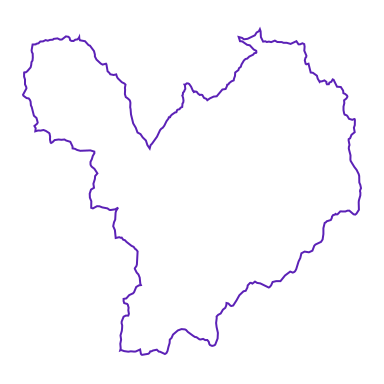 the district of Otuzco, La Libertad, Peru
{"feature_id": "86281439B7526528114387", "entity_name": "Otuzco", "entity_type": "district", "adm_level": 2, "iso_a3": "PER", "parent_name": "Peru", "parent_adm1": "La Libertad", "projection": "equal_earth", "projection_center": [-78.593, -7.861], "detail": "fine", "context": "isolated", "style": "outline", "palette": "violet", "viewbox_px": 384, "rotation_deg": 0, "n_neighbors": 0, "source": "geoboundaries", "source_scale": "gbopen_adm2", "svg_char_len": 5827}
<svg xmlns="http://www.w3.org/2000/svg" viewBox="0 0 384 384"><path d="M72.6,148.4L74.9,148.8L77.2,150.0L80.3,150.8L90.4,150.4L94.3,151.6L94.4,153.2L92.8,155.9L91.9,159.0L90.5,161.9L90.5,164.3L90.8,165.4L91.7,166.7L94.4,168.8L97.4,173.4L95.1,176.1L94.9,178.9L93.4,183.8L94.0,187.8L91.0,189.6L89.7,193.7L89.9,197.7L91.3,201.2L91.2,207.8L92.9,208.4L97.0,206.2L99.5,206.3L102.3,207.4L107.5,208.4L109.5,209.9L110.7,210.0L115.2,209.3L118.1,207.6L116.2,210.7L115.6,212.6L115.2,219.6L114.0,222.3L113.2,226.2L114.9,230.1L115.7,238.0L119.2,237.2L120.8,237.8L121.7,237.6L123.2,239.7L124.9,240.2L126.5,241.9L131.6,245.9L133.6,246.8L135.1,248.9L136.1,249.5L137.6,251.4L136.9,264.4L136.4,266.1L134.8,268.3L134.8,268.8L136.7,272.6L138.4,274.4L139.7,277.6L140.3,283.7L140.9,285.1L138.8,285.4L136.2,287.0L134.1,292.1L133.1,293.3L129.2,295.1L126.3,298.4L123.6,298.9L123.6,301.1L124.2,303.1L127.1,303.9L127.8,304.7L128.6,307.7L128.3,310.2L128.9,313.8L128.3,315.6L125.8,315.6L123.6,316.7L121.7,321.5L121.6,323.2L122.2,325.4L122.1,328.1L121.8,330.9L120.5,335.4L121.1,339.7L120.3,343.8L120.7,348.5L120.2,350.4L121.1,350.0L124.1,351.1L128.3,351.7L130.8,351.3L134.2,351.6L135.7,351.5L140.1,349.5L140.9,353.8L141.6,354.7L142.3,354.8L148.3,353.8L149.2,353.2L150.3,351.3L151.5,351.3L153.0,350.5L156.8,349.7L158.8,351.6L160.0,351.7L164.9,354.0L166.4,353.1L167.5,351.0L168.5,346.7L169.6,343.1L169.8,339.6L171.5,338.0L173.0,334.6L177.9,330.4L181.5,329.1L184.9,329.4L186.1,330.0L187.8,331.9L193.4,336.0L195.0,337.0L196.5,337.2L199.4,339.3L200.5,339.5L203.1,338.9L205.2,340.1L207.3,340.0L208.7,341.7L209.4,344.2L210.1,345.1L212.1,345.9L213.9,345.5L215.2,344.7L217.6,338.5L217.9,332.9L216.6,327.1L216.1,323.0L216.7,318.1L216.6,316.5L218.2,314.8L220.7,313.5L222.9,309.7L225.3,307.8L226.3,305.3L226.5,303.0L228.4,303.5L230.5,305.7L231.4,306.0L233.2,305.5L236.5,300.4L239.4,295.2L243.5,291.3L245.7,290.8L247.4,287.5L247.7,285.4L250.1,282.9L250.9,282.8L252.4,283.6L255.0,281.6L257.1,282.9L260.3,283.4L268.7,287.5L269.5,287.2L271.1,285.4L272.6,282.0L276.3,281.1L280.5,281.1L285.0,275.5L290.2,271.6L292.8,272.6L294.2,272.0L295.1,271.2L296.2,269.2L298.6,261.4L300.3,258.0L301.4,253.3L304.6,251.6L308.9,252.3L312.4,250.7L314.3,245.7L315.5,244.5L321.0,241.9L322.6,239.5L323.4,234.1L323.4,228.2L324.7,222.9L325.9,222.3L326.7,221.3L330.8,220.0L331.8,218.0L332.0,216.6L333.2,215.0L334.8,214.7L335.5,213.9L336.3,214.4L337.5,214.3L340.3,211.4L345.3,211.5L347.4,210.7L349.4,210.7L353.6,214.3L355.2,214.6L356.4,213.7L358.9,209.8L358.7,202.3L358.9,200.4L360.3,195.5L360.4,192.8L360.0,191.2L360.2,190.0L361.0,188.2L360.3,184.9L359.3,182.5L359.2,176.0L358.7,174.1L356.6,169.9L354.3,166.9L350.7,161.0L350.4,159.7L350.5,155.3L348.8,148.7L348.9,146.8L349.5,145.0L348.6,140.3L348.7,139.1L350.1,138.3L351.5,134.8L354.7,132.2L353.9,127.7L354.8,125.1L354.9,120.1L354.7,119.2L354.3,119.0L352.3,119.8L349.0,118.8L347.5,116.2L346.6,115.3L344.6,114.6L344.1,113.3L343.5,110.2L343.5,106.6L344.3,103.2L344.1,100.3L346.4,98.5L347.4,96.7L347.1,95.6L345.1,93.9L343.4,93.2L343.1,90.6L340.8,87.0L337.0,86.7L333.6,79.8L332.7,79.4L331.3,81.8L329.4,82.6L328.8,84.2L327.0,84.3L326.5,83.5L326.4,81.9L324.4,80.4L321.8,81.4L320.4,81.3L319.7,82.0L317.7,78.6L316.9,75.7L312.9,72.8L310.7,72.5L308.5,63.7L306.3,64.3L305.6,63.7L304.8,60.3L305.5,57.8L306.2,57.0L306.4,55.7L304.3,50.7L304.6,46.6L304.2,44.1L302.4,43.3L300.1,44.3L298.5,44.3L296.4,41.2L290.6,43.9L286.7,42.8L283.5,42.8L281.8,42.1L277.3,42.0L274.9,40.6L271.2,42.1L268.9,41.6L266.8,42.0L265.3,41.3L263.1,41.6L260.9,37.1L260.6,31.3L259.9,29.2L258.9,31.2L256.6,32.5L254.9,35.3L247.6,38.8L243.9,39.3L242.1,37.9L238.7,37.0L240.0,41.2L242.2,41.4L247.1,44.8L249.8,45.3L253.7,49.5L256.2,50.8L256.4,52.3L256.2,52.8L254.3,53.2L253.1,54.7L249.2,56.6L247.2,58.6L245.5,59.0L243.9,60.5L241.5,64.5L240.8,66.8L239.0,68.2L238.4,70.1L235.2,72.5L235.0,75.9L234.0,78.7L233.7,80.4L231.5,81.3L229.1,83.2L228.4,84.4L227.2,84.7L226.9,86.2L225.6,89.0L222.4,89.5L216.7,96.3L213.6,96.6L210.0,98.3L207.3,100.2L206.4,98.9L204.0,97.9L202.3,95.0L201.0,94.7L199.8,95.0L197.8,93.4L197.1,92.2L195.9,91.5L194.0,92.0L194.1,91.3L193.0,91.0L191.1,86.7L189.2,84.0L188.0,83.4L186.7,83.4L185.5,84.5L184.5,84.6L184.9,85.3L185.3,88.9L184.3,90.7L184.2,91.4L183.0,92.7L182.8,94.9L182.3,95.5L183.1,97.8L183.5,100.7L183.2,102.6L182.5,103.5L182.2,107.0L180.6,107.7L179.5,109.2L177.6,109.7L176.9,110.4L176.6,111.9L175.9,112.4L175.1,112.4L171.8,114.7L170.4,116.2L170.1,117.2L168.8,117.3L168.5,118.5L166.5,121.2L164.3,125.7L162.7,127.8L161.3,128.7L160.1,130.1L157.0,136.7L152.0,143.7L150.6,145.1L149.7,148.5L147.4,145.1L145.9,140.5L142.7,137.4L140.5,134.1L137.5,132.5L135.8,127.8L133.2,123.4L131.0,114.4L130.6,109.2L130.2,107.3L130.4,102.9L130.1,101.2L129.5,100.0L127.6,98.3L125.8,97.1L124.9,94.1L125.1,89.5L124.9,87.9L125.5,84.6L124.4,83.5L121.8,82.2L117.8,78.3L116.9,76.7L116.2,74.4L113.7,75.0L110.3,74.3L109.2,72.7L107.6,71.3L106.4,64.3L106.0,63.7L102.6,64.6L100.8,63.6L96.5,59.6L94.9,56.5L94.9,54.6L94.0,51.1L90.0,45.7L88.5,45.1L85.0,41.2L80.0,40.3L79.3,38.7L79.2,37.2L78.8,38.0L77.4,39.4L75.3,39.7L73.5,41.0L71.4,40.9L70.2,40.2L69.5,37.8L68.4,36.8L65.9,36.4L61.9,39.5L60.0,39.6L57.5,38.4L53.7,38.9L52.8,39.7L49.9,39.9L47.8,40.7L45.6,40.1L43.0,41.4L40.3,41.5L38.5,43.3L36.3,43.8L35.7,44.4L32.6,44.5L31.6,50.3L31.9,52.1L32.7,53.6L32.8,57.7L32.5,60.6L31.5,62.1L31.2,65.0L30.6,67.4L27.2,71.3L25.8,72.3L24.3,72.3L24.1,72.7L24.1,76.7L25.0,79.5L25.0,84.3L26.3,87.2L26.4,88.5L23.0,94.8L23.5,95.8L26.6,98.1L28.7,98.4L30.0,100.1L30.6,101.7L30.9,105.4L31.7,107.0L33.9,115.7L36.5,118.0L37.7,122.5L37.2,123.6L34.4,126.0L35.7,128.2L35.3,131.3L38.1,130.5L40.6,130.6L43.5,130.0L45.8,130.9L49.1,133.0L49.5,133.5L50.1,136.5L50.0,139.6L50.6,142.5L51.1,143.0L52.5,142.2L54.6,140.1L58.5,139.5L61.5,139.8L64.5,139.5L66.1,140.5L70.3,141.8L72.5,146.4L72.6,148.4Z" fill="none" stroke="#5b21b6" stroke-width="2"/></svg>